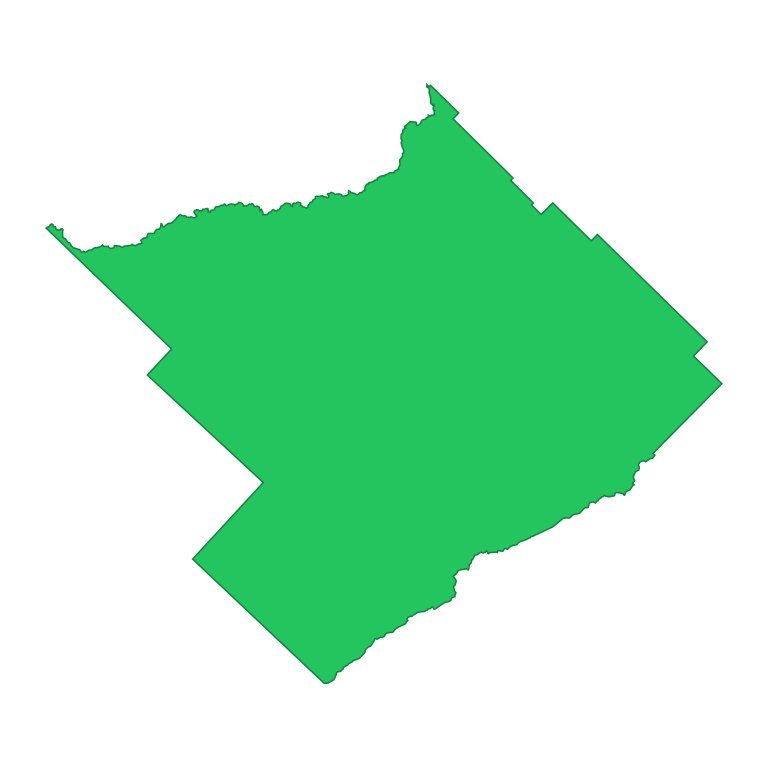 outline of Las Flores, Buenos Aires, Argentina
{"feature_id": "61730980B33948495129875", "entity_name": "Las Flores", "entity_type": "district", "adm_level": 2, "iso_a3": "ARG", "parent_name": "Argentina", "parent_adm1": "Buenos Aires", "projection": "orthographic", "projection_center": [-59.196, -36.018], "detail": "fine", "context": "isolated", "style": "filled", "palette": "green", "viewbox_px": 768, "rotation_deg": 0, "n_neighbors": 0, "source": "geoboundaries", "source_scale": "gbopen_adm2", "svg_char_len": 6078}
<svg xmlns="http://www.w3.org/2000/svg" viewBox="0 0 768 768"><path d="M46.1,228.1L171.6,349.0L147.3,375.0L263.3,482.5L192.6,559.1L324.3,683.4L328.0,683.1L333.7,679.9L335.3,676.9L336.3,674.3L336.5,672.7L337.3,671.9L340.7,671.4L341.5,670.0L342.8,669.4L343.8,667.2L348.0,664.8L348.6,663.7L351.9,662.1L353.4,660.5L356.8,659.5L359.5,658.1L364.5,653.1L365.1,651.8L364.8,650.8L366.4,648.6L368.3,647.1L370.7,646.1L374.3,640.5L375.0,638.8L376.2,638.6L376.9,639.3L380.6,637.1L381.9,637.5L384.0,636.6L384.7,636.0L385.3,634.1L387.6,632.7L392.7,632.4L395.1,629.4L398.2,627.1L405.4,623.9L406.4,622.0L407.7,620.9L407.9,620.4L407.1,619.7L407.0,618.9L407.7,617.7L410.0,616.3L412.0,616.4L412.7,615.4L416.3,613.4L417.4,612.3L424.9,611.4L425.8,610.5L427.1,610.3L428.0,609.2L430.8,608.4L431.4,607.2L432.0,607.1L432.6,607.1L434.0,609.1L435.2,609.0L440.2,605.4L445.6,602.1L448.4,601.8L450.9,600.4L451.7,597.8L455.0,596.6L454.7,595.3L455.6,594.2L455.5,593.2L455.9,592.7L454.7,591.2L453.7,587.3L453.8,586.2L454.9,585.5L456.1,581.8L456.1,580.7L455.5,579.1L453.4,576.8L453.4,576.2L455.8,574.4L456.2,573.5L457.2,572.6L457.7,571.1L459.3,570.0L465.1,569.1L465.5,568.6L466.4,568.8L467.5,569.8L468.4,569.8L469.0,568.0L468.9,566.3L469.4,564.7L471.3,562.7L471.7,560.1L472.5,559.7L474.8,555.1L477.4,554.7L478.9,553.4L481.3,552.1L483.0,553.1L484.2,552.3L485.2,552.6L486.5,550.8L487.7,552.0L487.8,553.4L488.3,553.7L489.7,552.7L490.7,552.5L495.9,552.1L497.4,552.5L497.9,550.6L502.8,551.3L504.4,548.7L505.3,548.6L507.6,549.3L509.1,547.5L512.7,545.5L516.9,544.7L518.0,543.1L519.8,541.8L525.9,539.8L529.2,538.0L530.1,537.9L531.1,536.4L532.2,536.5L552.7,526.9L563.2,518.3L565.9,517.9L568.9,518.1L569.8,517.8L572.8,515.0L575.2,514.0L576.4,514.1L579.6,513.3L584.6,508.0L585.5,507.6L587.0,507.8L588.2,507.4L588.9,505.1L588.8,504.2L589.9,502.6L592.9,501.8L595.5,503.0L596.9,501.1L598.0,500.8L598.9,499.2L601.3,497.7L601.8,496.9L603.5,496.4L604.5,495.4L606.1,496.4L610.1,496.8L611.7,496.2L613.6,496.1L614.7,495.2L614.9,493.3L616.6,492.5L619.6,492.9L623.3,493.9L624.2,495.2L624.6,495.2L626.2,491.4L629.7,490.1L632.1,486.6L634.1,484.7L632.6,483.2L634.7,480.8L633.5,477.8L633.6,476.0L634.4,473.7L636.0,471.4L638.8,470.0L639.4,467.2L638.6,465.7L638.4,464.6L640.0,462.0L642.6,460.9L644.3,461.0L645.6,461.8L649.8,458.9L652.8,458.1L654.9,455.2L653.0,453.4L721.9,383.6L693.5,356.1L707.2,341.9L597.4,234.5L591.3,240.8L552.7,202.9L541.2,214.5L531.6,205.1L533.5,203.1L510.8,180.5L513.0,178.0L453.1,118.8L458.7,113.0L430.5,85.3L429.0,86.8L426.9,84.6L426.9,87.0L428.8,88.1L429.3,90.6L429.1,92.9L430.4,96.7L430.2,97.4L430.7,97.9L430.5,100.2L430.9,101.2L430.5,101.7L430.5,102.3L431.0,103.8L432.1,104.4L432.6,105.2L433.8,104.4L433.9,104.7L434.1,105.8L433.3,107.0L433.2,109.1L433.4,109.9L434.6,110.7L434.1,111.7L434.5,112.4L434.1,113.9L434.6,114.6L432.4,115.4L431.3,115.1L430.2,116.1L428.3,115.2L428.4,116.3L427.9,117.1L426.2,117.8L426.0,118.8L425.4,119.2L422.5,119.9L421.3,121.2L420.7,123.3L417.9,125.5L416.5,125.1L416.1,122.2L410.1,121.5L409.7,122.4L407.8,123.5L407.0,124.7L404.5,126.3L404.5,126.9L405.8,128.0L404.0,128.9L402.7,130.6L402.7,132.6L401.2,134.6L401.0,138.6L401.9,139.9L402.1,141.2L401.1,142.7L402.1,146.5L403.8,150.9L403.5,152.7L402.4,153.8L402.6,155.4L402.3,156.6L399.7,160.0L400.0,164.8L398.7,167.5L398.7,168.9L397.5,169.3L396.8,170.3L396.1,170.3L394.6,171.2L393.7,172.7L389.8,172.8L388.3,173.9L385.7,174.7L384.1,175.8L382.1,175.8L379.4,176.7L378.4,177.9L377.3,178.1L377.1,179.9L375.0,180.1L373.2,181.6L370.4,182.5L369.2,182.4L368.0,184.0L366.8,184.1L365.1,186.6L364.7,190.7L362.7,191.3L361.9,192.6L359.9,192.8L358.5,194.3L356.9,194.8L354.9,193.6L350.7,192.4L350.3,191.6L348.8,190.7L348.3,192.3L348.7,194.0L347.0,195.4L343.0,196.3L342.3,196.0L341.3,194.6L338.9,193.8L335.2,194.4L333.2,193.0L331.3,192.4L329.8,193.4L327.8,193.7L327.4,194.3L328.9,195.6L328.6,196.9L327.8,197.5L323.5,196.6L322.6,195.7L318.7,196.4L316.6,196.2L315.4,196.8L315.5,198.5L312.8,200.2L312.1,202.0L310.1,202.4L309.7,203.7L308.0,205.5L308.1,206.8L307.8,207.4L306.4,208.2L304.9,207.3L302.6,206.9L301.8,205.8L301.1,205.8L300.5,205.2L300.9,203.9L300.6,203.1L299.1,202.4L297.7,202.2L295.7,203.5L294.1,203.1L292.9,203.7L292.4,204.7L292.8,206.4L292.3,206.5L290.8,205.8L289.9,203.7L286.5,203.1L284.5,203.8L284.0,204.7L281.1,206.2L279.6,209.2L277.4,210.2L276.5,211.5L275.7,210.8L273.0,209.6L270.3,212.1L268.8,212.6L267.6,214.3L264.9,214.7L262.9,214.7L262.9,212.5L261.4,209.4L260.0,210.7L259.4,207.3L257.0,205.9L255.7,206.6L254.7,206.4L253.8,205.8L252.6,203.7L252.0,203.6L250.7,204.5L249.2,204.0L247.6,205.5L245.6,206.1L243.5,205.7L242.2,203.4L239.6,202.4L238.5,202.5L237.7,203.7L235.5,204.5L234.7,205.5L234.3,204.5L232.3,204.0L229.9,204.2L226.4,205.8L224.7,204.0L222.6,205.3L221.6,205.2L217.7,206.8L216.0,206.8L215.3,207.3L214.0,210.1L211.1,210.2L210.5,212.2L208.1,211.9L208.0,211.3L208.7,210.5L208.0,209.5L207.9,208.7L207.4,208.5L206.6,208.5L204.5,209.3L202.9,209.2L202.2,210.7L201.6,211.1L200.8,210.5L199.2,211.3L198.8,210.2L198.2,209.8L196.5,209.7L195.3,210.7L194.6,210.5L193.9,211.8L195.6,214.8L196.8,215.7L196.7,216.3L195.2,217.6L193.9,217.7L190.9,216.8L190.4,217.4L186.6,217.1L185.4,215.8L182.1,215.8L180.2,214.5L179.2,215.1L178.5,216.3L176.8,217.4L175.7,219.3L171.4,223.2L168.5,223.3L165.9,225.0L164.5,226.7L163.7,226.9L162.8,226.2L161.5,223.7L161.0,223.6L160.7,227.0L159.4,228.8L158.9,229.2L156.6,229.4L155.4,230.8L154.5,232.8L153.8,233.4L148.6,233.4L147.7,234.3L146.7,237.6L143.6,238.1L140.9,240.3L141.8,242.5L141.7,243.4L138.4,244.0L135.3,245.7L134.4,245.6L132.1,244.3L131.6,244.9L129.6,245.6L124.4,246.1L122.2,247.5L119.7,246.1L114.8,245.5L114.2,245.8L114.2,247.3L113.8,247.9L110.4,248.4L108.7,247.4L108.1,246.3L103.7,246.4L102.6,245.0L101.1,246.4L97.8,247.5L95.1,247.6L91.2,250.0L88.8,250.2L85.4,252.4L83.6,251.3L82.2,252.2L81.4,252.0L79.6,249.6L73.1,247.7L72.3,247.0L69.7,242.9L67.9,242.5L65.5,238.8L63.0,237.7L62.6,235.5L62.6,231.0L63.1,229.7L62.3,228.8L61.1,228.8L59.7,230.0L58.6,230.2L56.1,229.3L55.4,226.7L53.1,226.3L53.0,224.7L51.8,223.9L50.3,224.7L48.9,226.7L46.8,227.5L46.1,228.1Z" fill="#22c55e" stroke="#15803d" stroke-width="1.5"/></svg>